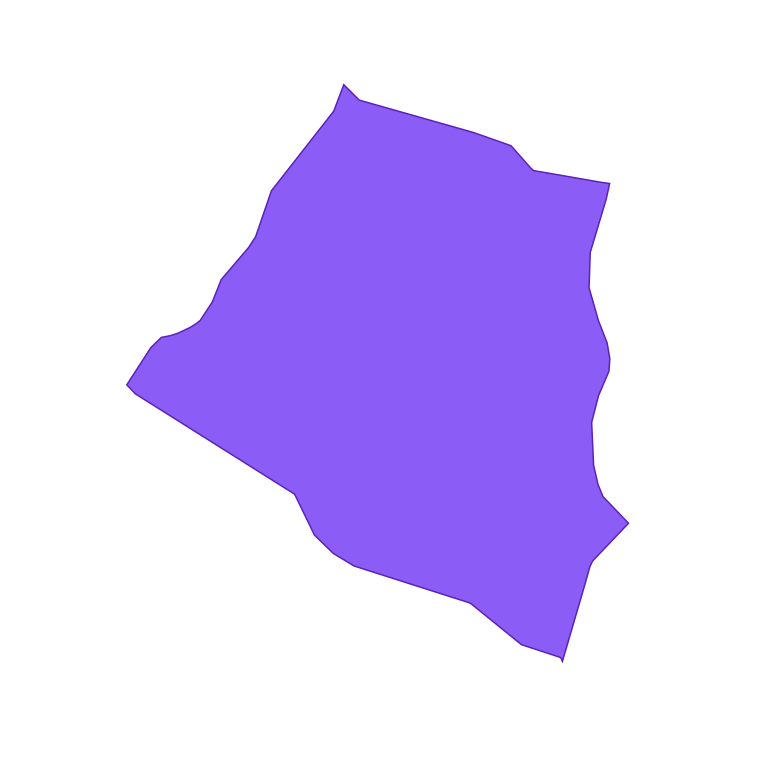 the border of Carazo, rotated 351°
{"feature_id": "NIC-654", "entity_name": "Carazo", "entity_type": "Department", "adm_level": 1, "iso_a3": "NIC", "parent_name": "Nicaragua", "parent_adm1": "", "projection": "natural_earth1", "projection_center": [-86.252, 11.738], "detail": "fine", "context": "isolated", "style": "filled", "palette": "violet", "viewbox_px": 768, "rotation_deg": 351, "n_neighbors": 0, "source": "natural_earth", "source_scale": "10m", "svg_char_len": 757}
<svg xmlns="http://www.w3.org/2000/svg" viewBox="0 0 768 768"><g transform="rotate(351 384 384)"><path d="M516.8,685.9L515.7,681.8L479.0,663.0L434.9,613.9L326.0,559.1L307.5,543.5L291.7,522.4L278.5,478.9L136.8,354.8L129.8,344.6L159.5,311.5L171.3,303.2L180.7,302.8L187.9,301.7L201.4,297.8L207.9,295.0L212.5,292.4L227.2,276.2L239.5,255.5L271.5,228.1L280.2,218.5L303.0,175.6L377.1,106.6L391.1,82.1L404.0,99.8L512.1,149.8L546.8,168.6L562.4,193.2L565.1,196.6L628.0,218.1L638.2,221.3L632.5,236.0L608.3,286.3L601.6,321.0L605.7,354.9L610.8,378.2L611.0,394.4L608.2,406.6L594.1,429.0L583.1,454.4L578.3,497.1L579.7,517.0L582.7,529.5L603.7,559.8L562.4,591.4L558.7,596.8L551.0,613.6L516.9,685.7L516.8,685.9Z" fill="#8b5cf6" stroke="#5b21b6" stroke-width="1.5"/></g></svg>